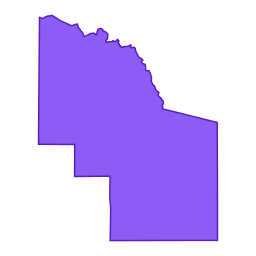 outline of Iron, Wisconsin, United States of America
{"feature_id": "52423323B77086831692435", "entity_name": "Iron", "entity_type": "district", "adm_level": 2, "iso_a3": "USA", "parent_name": "United States of America", "parent_adm1": "Wisconsin", "projection": "equal_earth", "projection_center": [-90.252, 46.285], "detail": "fine", "context": "isolated", "style": "filled", "palette": "violet", "viewbox_px": 256, "rotation_deg": 0, "n_neighbors": 0, "source": "geoboundaries", "source_scale": "gbopen_adm2", "svg_char_len": 1855}
<svg xmlns="http://www.w3.org/2000/svg" viewBox="0 0 256 256"><path d="M184.4,240.4L217.5,240.4L217.5,208.0L217.2,122.5L162.3,108.8L162.1,108.7L162.1,108.3L162.1,108.1L162.6,107.7L162.8,106.8L162.6,106.1L162.4,105.8L162.3,105.3L162.5,104.5L163.2,104.1L163.4,103.7L163.3,102.0L162.8,100.5L162.5,100.3L162.2,100.3L161.8,100.2L161.6,99.8L161.7,99.3L161.6,98.9L160.6,97.7L159.3,96.8L158.5,95.8L158.2,94.7L158.9,92.4L158.4,92.0L158.1,92.0L156.9,91.0L155.5,89.0L154.7,86.5L154.3,85.7L153.0,84.9L151.6,82.0L151.3,80.3L151.5,77.9L151.4,77.0L150.0,72.6L149.1,71.5L149.0,70.9L149.0,70.7L146.8,70.8L145.8,70.4L145.5,65.8L145.1,64.4L142.6,63.6L142.2,63.2L141.4,62.1L141.8,61.2L142.5,60.7L142.8,60.2L142.7,59.9L141.4,58.6L139.0,57.3L138.4,56.5L136.1,52.0L135.2,49.1L135.2,48.5L134.7,47.8L133.6,47.2L133.1,47.2L131.3,47.9L130.8,47.8L130.6,47.2L130.6,46.7L131.1,45.5L130.8,44.9L130.5,44.8L129.1,45.8L127.1,46.5L126.3,46.7L125.7,46.5L123.1,46.7L122.7,47.2L122.2,47.4L121.5,47.4L120.8,47.0L120.8,46.6L120.8,46.2L120.5,45.7L119.9,45.8L119.4,45.7L119.3,45.4L119.3,44.9L119.3,44.5L119.3,44.1L118.1,42.8L118.9,41.2L118.7,40.7L117.4,39.4L117.1,39.6L116.9,40.2L115.6,41.5L115.0,41.5L112.9,40.7L112.5,41.1L112.5,41.5L111.4,41.9L109.9,42.0L109.0,41.6L108.7,41.7L107.3,42.1L106.9,42.5L106.0,42.1L105.8,40.5L106.7,39.7L107.5,37.9L107.9,34.8L107.8,33.9L105.0,31.4L103.8,31.6L103.2,31.4L102.8,30.7L103.0,29.9L101.7,28.8L100.3,28.5L98.2,29.2L97.3,31.1L96.7,34.4L96.5,34.7L96.1,34.8L95.5,34.6L94.9,33.6L94.6,33.5L94.4,33.6L93.2,33.1L90.8,33.5L89.6,34.0L85.9,36.0L84.2,36.4L83.6,35.9L83.5,35.0L82.6,32.7L82.2,32.1L81.7,32.1L80.7,30.9L80.0,29.2L78.1,27.3L77.8,25.1L77.1,24.0L71.5,25.7L61.2,21.1L52.0,15.4L46.4,16.4L42.8,18.5L39.5,17.4L38.5,144.3L74.7,144.5L74.6,176.5L110.0,176.2L109.8,197.8L110.7,208.5L110.2,240.6L184.4,240.4Z" fill="#8b5cf6" stroke="#5b21b6" stroke-width="1.5"/></svg>